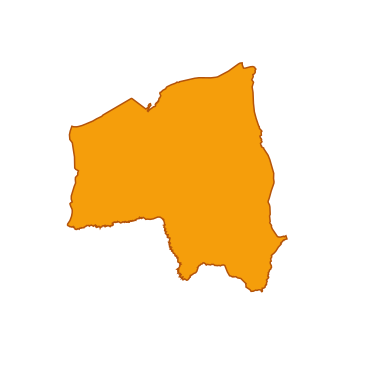 the district of Phanom Sarakham, Chachoengsao, Thailand, rotated 56°
{"feature_id": "78962969B65089616698234", "entity_name": "Phanom Sarakham", "entity_type": "district", "adm_level": 2, "iso_a3": "THA", "parent_name": "Thailand", "parent_adm1": "Chachoengsao", "projection": "robinson", "projection_center": [101.467, 13.734], "detail": "fine", "context": "isolated", "style": "filled", "palette": "amber", "viewbox_px": 384, "rotation_deg": 56, "n_neighbors": 0, "source": "geoboundaries", "source_scale": "gbopen_adm2", "svg_char_len": 6079}
<svg xmlns="http://www.w3.org/2000/svg" viewBox="0 0 384 384"><g transform="rotate(56 192 192)"><path d="M113.0,78.2L112.0,80.1L111.8,82.0L112.2,94.2L110.9,106.4L110.1,108.3L107.8,112.7L101.3,122.1L99.2,126.2L93.6,140.7L93.8,141.0L93.4,142.3L92.5,143.0L92.6,144.8L91.5,149.1L90.8,153.9L91.0,154.9L91.7,156.0L91.4,159.4L91.9,162.0L91.6,162.8L92.2,163.5L94.8,164.1L96.0,166.2L95.9,166.9L98.0,169.0L97.7,169.6L98.3,169.9L98.1,171.1L98.6,171.3L98.3,172.4L98.9,172.8L98.8,173.4L100.3,174.1L100.4,174.9L99.9,176.1L100.0,180.7L100.7,183.4L99.8,183.6L97.5,179.2L97.1,177.6L95.5,177.1L95.2,178.2L95.9,179.8L96.2,180.2L97.4,180.1L97.3,183.9L81.0,189.5L80.5,190.0L78.4,222.7L78.8,224.5L78.0,230.0L77.7,234.7L75.4,246.0L74.1,249.8L73.4,251.3L71.7,253.7L70.3,254.8L73.4,258.9L76.0,261.6L80.1,263.9L84.2,263.7L97.2,269.8L106.5,275.8L108.2,275.7L110.9,274.3L112.3,276.1L114.0,277.2L114.7,280.4L116.3,281.7L119.5,283.5L121.4,286.4L127.8,294.3L130.4,296.1L133.2,296.9L133.2,299.0L133.5,299.8L135.9,300.5L139.3,301.1L140.5,301.7L142.3,303.0L144.8,305.5L147.4,309.1L149.0,313.0L149.8,313.7L150.7,313.6L151.1,313.2L152.6,312.6L152.9,311.9L153.6,311.6L154.1,310.1L154.4,310.4L154.9,310.2L155.1,309.5L155.9,309.7L156.8,309.4L157.6,309.7L158.3,308.9L158.6,308.5L158.4,307.6L158.9,307.3L159.2,306.5L159.7,306.3L159.2,305.6L160.0,304.0L159.7,303.7L160.4,303.0L161.2,301.4L160.8,301.0L161.2,299.1L160.8,298.3L162.1,296.2L162.9,296.2L162.8,295.4L163.2,293.9L165.3,292.8L165.0,291.9L165.4,291.4L165.4,290.5L165.9,290.4L166.1,290.9L166.5,290.5L167.1,290.6L167.1,291.1L167.6,291.1L167.3,290.2L168.1,290.3L168.3,290.0L168.4,289.5L168.1,289.3L168.4,288.5L168.7,288.7L169.6,287.8L170.3,288.1L169.9,287.5L170.5,286.4L170.0,285.3L170.7,283.9L171.1,283.9L171.0,282.9L172.2,283.3L172.1,282.4L172.4,282.4L172.6,281.7L172.4,281.2L172.9,280.8L172.9,280.4L174.1,279.6L174.2,279.0L174.9,279.1L174.6,277.9L174.8,277.1L175.0,277.1L174.9,276.8L175.2,276.9L175.3,276.0L175.0,275.6L173.9,275.2L174.2,275.7L173.3,275.5L173.4,274.8L173.6,275.2L173.8,275.0L173.5,274.5L173.5,273.3L174.1,272.9L174.0,272.6L174.3,272.6L174.8,271.7L174.8,270.2L175.4,270.3L175.5,269.7L176.2,269.1L177.7,268.5L178.1,267.2L177.9,266.4L178.5,265.9L178.6,265.2L179.3,265.0L179.0,264.0L179.5,263.4L180.2,263.6L180.9,262.5L180.9,261.2L181.7,261.4L182.0,260.8L181.4,259.9L181.9,259.2L181.6,258.9L182.0,258.5L182.5,258.4L182.6,258.1L182.2,258.1L182.5,257.0L183.4,256.4L183.3,255.5L183.8,254.8L183.6,254.5L184.0,254.3L183.5,253.6L183.5,252.9L184.3,250.9L184.1,250.6L185.1,250.0L183.9,250.1L183.7,249.8L184.6,249.7L184.9,249.3L184.4,249.2L184.6,248.7L184.9,248.7L185.1,248.2L185.8,248.3L185.7,246.7L187.8,245.8L188.8,245.7L189.6,244.0L191.3,242.0L192.6,239.1L193.6,234.4L195.0,232.5L198.5,231.0L198.4,231.5L200.0,231.4L202.2,232.1L203.4,232.9L204.1,232.7L204.2,233.1L203.9,233.9L204.6,233.6L205.0,234.4L205.6,235.0L206.7,234.6L207.9,235.6L208.1,234.8L208.8,235.5L209.0,236.2L210.6,235.6L210.5,236.4L211.1,236.5L211.3,237.1L213.2,236.9L213.6,236.4L214.2,236.8L214.3,236.0L215.2,237.1L215.6,237.0L215.9,237.7L216.8,237.2L217.7,236.0L218.0,236.1L220.5,238.8L221.3,238.7L220.7,239.5L221.9,239.7L222.7,239.3L222.8,240.3L224.6,240.9L224.9,241.3L225.2,241.2L225.1,240.5L226.0,240.1L225.8,240.7L226.1,241.3L226.4,241.3L226.5,240.8L227.0,241.1L226.8,241.7L227.3,242.1L228.3,240.6L228.2,241.2L228.8,241.5L229.3,241.0L229.3,241.6L229.6,241.9L230.6,241.3L232.4,241.7L232.6,241.2L233.9,240.9L235.3,241.7L236.4,241.2L236.4,240.6L237.4,241.1L237.8,240.8L238.4,241.2L238.6,240.5L242.0,242.8L243.8,242.0L244.3,241.3L244.7,242.1L245.7,241.5L245.8,243.1L246.2,243.1L246.8,243.7L247.6,245.2L247.7,247.5L248.7,246.5L249.3,247.8L249.7,248.0L249.7,247.5L250.1,247.3L251.2,248.8L251.3,248.1L252.8,248.5L252.8,247.5L254.4,247.2L254.6,247.8L254.4,248.7L255.0,248.7L255.2,249.7L255.6,249.2L256.1,249.3L256.9,248.4L257.2,247.5L257.9,249.0L258.2,248.1L258.6,248.6L259.2,248.4L259.7,248.6L260.0,247.8L259.9,246.7L262.2,245.7L262.5,244.8L262.1,242.9L261.4,241.6L261.6,241.1L260.3,240.1L260.7,239.4L260.4,239.0L260.7,237.9L260.5,236.2L261.0,234.2L260.5,232.5L258.3,229.6L257.7,229.7L257.5,228.5L256.9,227.3L257.2,226.5L256.8,225.0L257.3,223.9L256.9,222.4L257.5,221.6L257.9,221.7L258.9,221.0L260.1,221.2L260.6,220.9L260.4,220.0L262.9,217.3L262.9,216.2L264.1,214.6L265.6,214.2L266.4,213.0L267.2,212.4L267.4,211.6L268.4,210.2L269.1,209.8L269.2,208.5L270.0,206.7L271.3,205.9L278.2,207.4L282.5,207.7L283.0,207.0L284.8,206.1L285.0,205.3L285.4,205.4L286.8,202.9L288.7,202.2L291.0,199.9L298.1,198.5L298.1,198.8L300.1,199.7L300.9,200.4L305.6,198.5L307.4,198.6L308.5,196.7L309.0,194.0L309.9,193.2L310.3,191.6L311.1,190.3L312.3,189.6L313.2,190.1L313.7,189.9L313.7,189.3L312.8,189.0L312.7,188.5L312.0,188.6L311.5,187.5L311.2,187.5L311.8,186.2L311.8,184.7L310.8,183.9L310.6,182.8L310.2,182.6L310.4,182.0L309.0,181.1L308.0,179.6L306.6,179.5L305.9,176.5L305.6,176.4L305.4,176.0L304.2,176.2L304.1,175.8L303.3,175.5L303.0,174.4L301.6,174.0L301.4,173.1L300.0,171.2L299.8,169.5L299.1,169.0L298.9,168.2L297.4,167.4L295.3,167.2L294.0,166.5L293.6,166.0L293.6,165.0L291.2,164.1L290.9,163.5L291.0,162.9L289.7,161.7L288.9,161.6L288.5,157.8L287.9,155.5L286.0,151.3L285.1,147.4L284.4,147.3L284.3,146.5L283.7,146.4L283.7,144.8L283.1,143.6L283.5,142.9L283.1,142.6L284.0,139.5L280.8,138.6L280.7,140.6L280.0,140.6L278.8,144.0L277.6,145.5L276.6,146.1L267.5,146.1L265.2,145.6L264.2,144.8L260.9,144.8L260.2,143.7L255.2,141.1L254.3,139.7L248.0,135.8L246.0,135.0L243.1,134.6L242.2,134.0L240.3,131.4L235.4,125.7L230.6,119.3L229.4,118.3L226.5,116.9L222.2,113.8L208.7,109.4L204.1,108.4L196.3,108.3L195.6,108.0L193.8,109.0L192.6,108.6L192.4,108.9L189.9,108.0L189.5,105.9L189.0,105.7L187.9,105.8L187.3,104.9L186.0,104.8L185.8,105.1L183.6,104.5L183.7,102.7L180.9,101.2L180.9,100.3L180.4,100.0L177.0,100.5L175.4,99.7L174.5,99.8L166.9,97.7L160.5,95.5L152.9,91.5L143.5,85.7L138.5,83.4L135.4,79.6L132.4,79.7L130.7,76.8L128.7,75.9L129.0,75.3L128.4,73.0L127.7,72.3L126.7,72.0L125.8,70.3L124.9,70.6L123.7,70.3L122.1,71.3L120.9,73.4L119.1,78.6L118.1,80.0L114.9,79.3L113.0,78.2Z" fill="#f59e0b" stroke="#b45309" stroke-width="1.5"/></g></svg>